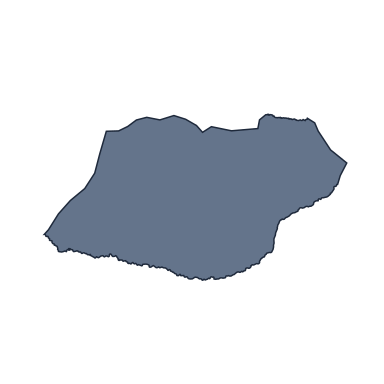 outline of Delgerxaan, Hentiy, Mongolia, rotated 312°
{"feature_id": "93677404B99522763757972", "entity_name": "Delgerxaan", "entity_type": "district", "adm_level": 2, "iso_a3": "MNG", "parent_name": "Mongolia", "parent_adm1": "Hentiy", "projection": "robinson", "projection_center": [108.94, 47.292], "detail": "fine", "context": "isolated", "style": "filled", "palette": "slate", "viewbox_px": 384, "rotation_deg": 312, "n_neighbors": 0, "source": "geoboundaries", "source_scale": "gbopen_adm2", "svg_char_len": 5993}
<svg xmlns="http://www.w3.org/2000/svg" viewBox="0 0 384 384"><g transform="rotate(312 192 192)"><path d="M93.8,178.9L93.5,179.4L92.9,182.2L92.3,182.4L92.2,183.3L92.6,183.8L93.3,183.8L93.4,184.2L94.6,185.5L94.7,186.3L94.4,187.0L94.5,187.2L95.5,187.8L96.6,188.7L96.3,189.3L96.2,189.8L96.8,191.0L96.8,191.3L96.2,191.9L96.2,192.2L96.4,192.7L97.4,193.5L97.6,194.7L98.0,194.9L99.5,194.9L100.0,195.2L100.1,195.4L99.9,196.2L100.0,197.2L101.3,198.0L101.3,198.3L101.0,200.1L101.1,200.4L101.5,200.7L102.0,200.6L102.4,201.1L103.4,203.9L104.1,204.3L105.2,203.8L105.4,203.9L107.1,205.5L107.8,206.3L108.5,207.5L108.8,208.7L108.8,209.2L108.0,210.0L107.8,210.4L107.8,210.8L108.0,211.1L108.7,211.7L111.4,212.4L111.6,213.5L111.7,215.2L111.8,216.0L112.1,216.4L112.7,216.9L114.0,217.4L114.2,218.8L115.7,219.6L116.1,219.9L116.6,221.6L117.7,223.0L117.9,223.4L117.9,224.7L118.0,225.6L117.7,226.5L117.9,226.8L119.1,227.1L119.4,227.4L119.5,227.9L118.9,228.9L119.5,230.2L119.4,231.1L119.9,231.7L120.0,232.1L119.8,233.5L120.4,234.7L120.4,235.6L120.0,236.3L119.9,236.8L120.5,237.6L121.0,238.0L122.3,238.0L122.7,238.1L122.9,238.4L122.8,238.7L122.4,239.6L122.4,239.8L124.4,241.7L123.9,242.8L123.8,243.3L124.2,243.9L125.2,244.5L125.5,244.8L125.6,245.2L125.3,246.8L125.3,247.4L126.0,248.7L127.7,250.4L130.0,251.0L130.8,251.3L131.2,251.8L131.4,252.2L132.0,253.0L132.2,253.5L132.2,254.7L132.5,255.8L133.3,256.5L133.6,257.5L133.3,258.4L133.4,258.7L133.7,259.0L134.2,259.2L135.0,259.2L135.3,259.5L135.4,260.5L135.6,260.8L136.4,261.1L137.3,261.7L139.0,262.1L139.3,263.0L139.8,263.2L140.8,262.8L141.5,262.9L141.9,263.1L142.4,264.2L143.0,264.7L143.2,265.1L143.0,265.7L142.1,266.5L142.3,266.9L142.8,267.8L144.5,269.2L145.3,270.0L146.7,270.4L147.3,270.7L148.2,271.7L148.7,272.7L149.4,273.2L150.3,274.0L151.0,274.1L152.0,273.6L152.5,273.6L153.1,274.2L153.5,274.8L154.3,275.1L154.8,276.4L155.8,277.3L158.2,278.0L158.8,278.5L162.3,279.0L163.5,279.7L164.3,281.3L164.7,281.6L166.4,282.1L166.5,282.9L166.6,283.1L166.9,283.2L167.9,283.3L168.2,283.4L168.8,284.0L169.2,284.1L170.1,283.9L170.5,283.4L171.0,283.2L171.7,283.2L172.7,284.0L173.1,284.9L173.5,285.4L174.0,285.7L174.8,285.9L176.1,285.7L176.7,285.1L177.6,285.4L178.2,285.4L178.5,285.7L178.7,286.3L179.3,286.8L181.9,287.8L182.4,288.5L182.8,289.2L183.8,289.6L184.7,289.5L185.7,288.5L187.2,288.3L188.2,287.9L189.3,288.3L190.1,288.1L191.6,288.7L192.0,289.1L192.9,289.0L193.7,288.5L194.1,288.5L195.3,288.8L196.0,288.5L196.5,288.5L198.8,289.9L199.7,291.1L200.6,291.4L203.6,290.6L205.7,289.4L207.1,288.1L208.9,287.2L211.2,284.9L212.3,284.1L215.6,282.9L217.6,281.5L221.5,280.1L222.2,279.7L222.6,279.1L223.2,278.9L224.8,277.9L225.4,277.7L226.5,277.6L227.9,277.0L229.1,276.6L230.6,276.6L231.3,277.2L232.2,277.1L232.8,278.2L233.4,278.7L235.7,278.8L236.7,279.4L238.7,280.1L239.6,280.3L241.9,280.3L243.8,280.9L245.5,282.3L247.3,282.9L248.4,283.5L248.9,283.4L249.5,282.9L250.4,283.1L251.8,282.8L252.6,283.0L253.3,283.5L253.9,284.8L255.3,285.8L257.4,286.3L258.1,286.9L258.5,287.4L258.8,288.4L260.0,288.9L260.4,289.2L260.7,289.6L261.4,290.1L263.9,290.6L265.8,289.5L266.3,289.5L268.0,289.9L269.1,290.7L269.8,291.6L270.0,291.6L270.7,290.9L271.6,290.8L272.1,291.2L272.4,292.2L272.7,292.6L273.1,292.6L273.6,292.4L274.3,292.3L275.3,293.0L275.9,293.7L276.9,294.3L278.5,295.5L279.6,295.9L282.8,296.3L283.3,296.2L283.4,295.9L283.6,295.7L284.4,296.1L284.9,296.2L289.0,295.6L289.6,295.2L290.2,294.4L291.1,294.0L291.6,294.3L292.0,294.8L292.5,295.1L293.2,295.1L294.5,294.6L294.8,294.7L295.1,295.1L303.4,291.2L317.1,287.6L316.0,266.8L321.7,245.0L325.5,236.9L324.0,228.4L323.8,228.5L323.7,228.9L323.2,229.0L322.5,228.4L321.6,228.1L320.8,228.3L320.4,227.2L320.5,226.7L320.2,226.1L318.9,226.0L318.2,225.2L318.1,224.4L318.0,224.2L316.4,223.4L316.0,222.7L315.4,222.0L315.3,221.8L315.4,221.2L315.0,220.8L314.9,220.6L315.0,219.8L314.7,219.4L314.6,219.0L314.0,218.8L313.3,218.2L312.9,218.0L312.9,217.6L312.7,217.5L312.5,217.0L312.6,216.7L312.3,216.5L312.1,216.0L311.6,215.8L311.4,215.6L311.6,215.2L311.1,214.8L311.3,214.6L311.3,214.3L310.7,213.9L310.4,213.3L310.1,213.1L310.1,212.7L309.7,212.4L309.4,211.7L308.9,211.5L308.7,210.8L308.2,210.2L307.4,209.8L307.3,209.3L306.6,209.0L306.8,208.6L306.4,208.2L306.5,207.6L305.8,207.3L305.5,206.7L304.3,205.8L304.2,205.3L303.7,205.0L303.3,204.4L303.0,203.6L302.9,203.0L303.3,202.4L303.1,202.2L302.6,201.6L303.0,201.2L303.0,200.3L302.3,199.0L301.6,198.1L300.6,197.9L300.5,197.5L300.8,197.0L300.3,196.8L300.2,196.7L300.5,196.5L300.4,196.3L299.4,195.8L298.7,195.1L290.8,193.9L283.2,198.5L263.9,180.4L253.5,162.7L243.4,159.9L244.4,150.9L241.8,138.6L236.7,127.4L224.1,119.9L217.2,108.4L208.3,102.5L197.7,100.4L188.3,96.6L179.8,87.7L158.9,97.8L140.9,107.1L122.8,110.0L104.2,107.3L86.4,107.4L67.9,110.6L61.7,110.6L62.0,110.9L62.1,111.8L61.9,112.2L61.4,113.0L61.4,113.3L61.9,113.9L62.3,114.2L62.6,114.8L61.8,116.0L62.0,117.3L60.9,118.3L60.9,118.8L61.8,120.2L61.9,120.7L60.9,121.7L60.7,122.2L60.6,123.3L61.1,124.4L60.4,125.3L60.9,125.8L60.9,126.8L61.3,127.8L61.3,128.3L60.8,129.0L60.4,129.9L59.4,130.6L59.1,132.0L58.5,132.5L58.7,133.1L60.2,135.3L61.5,136.2L63.0,137.0L63.3,137.3L63.5,138.4L63.6,138.5L63.9,138.5L64.9,138.0L65.6,138.0L66.0,138.2L66.3,138.6L66.4,139.5L66.8,139.8L66.9,139.4L66.8,138.6L67.1,138.3L67.5,138.3L68.1,139.1L68.3,139.4L68.3,140.6L69.1,141.9L68.5,143.3L68.5,143.9L68.9,144.3L70.4,145.4L71.3,145.8L71.3,146.1L71.8,146.9L71.6,147.4L71.7,147.9L72.1,148.6L72.8,149.3L72.8,149.8L72.5,150.8L72.6,151.2L73.1,151.6L73.9,151.8L74.3,152.1L74.7,152.7L74.9,153.9L75.1,154.3L75.6,154.7L75.5,156.2L76.1,157.1L76.7,157.5L76.8,158.9L77.0,159.0L77.3,158.8L77.2,159.6L77.4,160.9L77.9,162.8L78.0,164.0L78.5,164.4L79.9,164.3L80.1,164.5L80.1,165.2L80.4,166.1L80.8,166.6L83.3,167.1L84.9,168.2L85.1,168.5L85.0,169.4L85.1,170.2L85.6,170.5L86.8,170.8L87.2,171.3L87.6,171.9L87.8,172.9L88.1,173.3L88.6,173.4L89.2,173.4L90.2,172.5L91.1,172.6L91.5,173.1L91.5,173.8L91.0,175.7L91.1,176.3L92.1,177.3L92.7,177.7L93.5,177.8L93.8,178.9Z" fill="#64748b" stroke="#1e293b" stroke-width="1.5"/></g></svg>